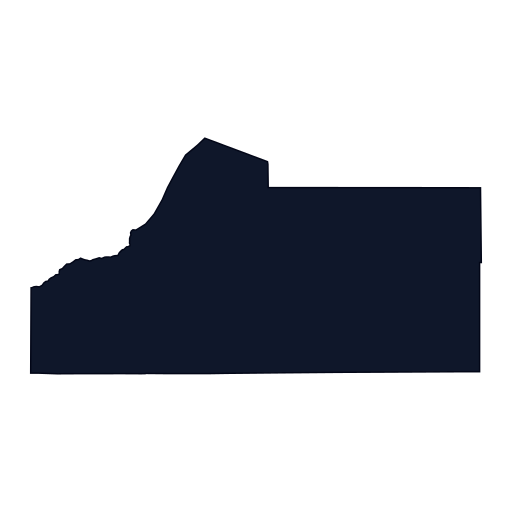 Las Animas, Colorado, United States of America
{"feature_id": "52423323B39140554867058", "entity_name": "Las Animas", "entity_type": "district", "adm_level": 2, "iso_a3": "USA", "parent_name": "United States of America", "parent_adm1": "Colorado", "projection": "equal_earth", "projection_center": [-104.663, 37.405], "detail": "fine", "context": "isolated", "style": "filled", "palette": "ink", "viewbox_px": 512, "rotation_deg": 0, "n_neighbors": 0, "source": "geoboundaries", "source_scale": "gbopen_adm2", "svg_char_len": 1268}
<svg xmlns="http://www.w3.org/2000/svg" viewBox="0 0 512 512"><path d="M204.8,138.2L197.5,145.2L185.6,155.1L179.3,165.8L173.0,177.4L167.6,187.5L162.2,199.9L154.2,214.0L145.6,224.1L135.9,230.1L132.9,229.8L131.4,231.0L130.6,232.7L130.7,233.8L131.0,235.2L130.3,236.2L129.6,238.6L129.6,241.7L129.5,243.1L130.1,244.5L129.8,245.9L127.8,246.8L126.7,246.8L126.1,247.3L124.5,248.9L123.5,249.7L122.5,249.7L121.4,250.5L121.0,251.0L119.4,252.6L117.9,255.5L115.0,255.7L113.1,256.1L110.7,257.2L108.3,257.0L106.1,257.0L104.6,257.2L101.7,258.5L99.2,257.8L95.9,258.9L92.9,259.7L91.2,260.7L89.4,261.0L87.3,260.3L84.7,259.8L82.5,259.0L80.6,258.2L78.5,259.6L75.8,259.8L73.1,261.9L70.0,263.9L66.7,264.1L63.9,266.9L62.4,268.6L59.7,269.7L59.2,271.7L59.3,272.9L59.0,274.4L57.9,274.6L55.8,274.8L53.9,276.6L52.0,277.5L51.2,277.8L49.2,279.3L48.1,281.1L45.7,281.5L43.9,282.9L42.2,285.3L39.3,286.9L36.3,286.5L34.0,286.8L31.7,287.8L31.1,287.8L30.7,373.1L34.8,373.1L38.1,373.1L58.0,373.8L64.2,373.7L122.5,373.6L141.4,373.7L145.6,373.6L145.8,373.4L168.7,373.6L207.8,373.6L226.9,373.3L279.6,372.8L338.9,372.3L339.2,372.3L464.4,371.7L479.6,371.7L479.6,262.5L481.3,262.5L480.5,187.8L409.5,187.7L268.2,187.6L267.9,164.2L267.5,161.7L204.8,138.2Z" fill="#0f172a" stroke="#020617" stroke-width="1.5"/></svg>